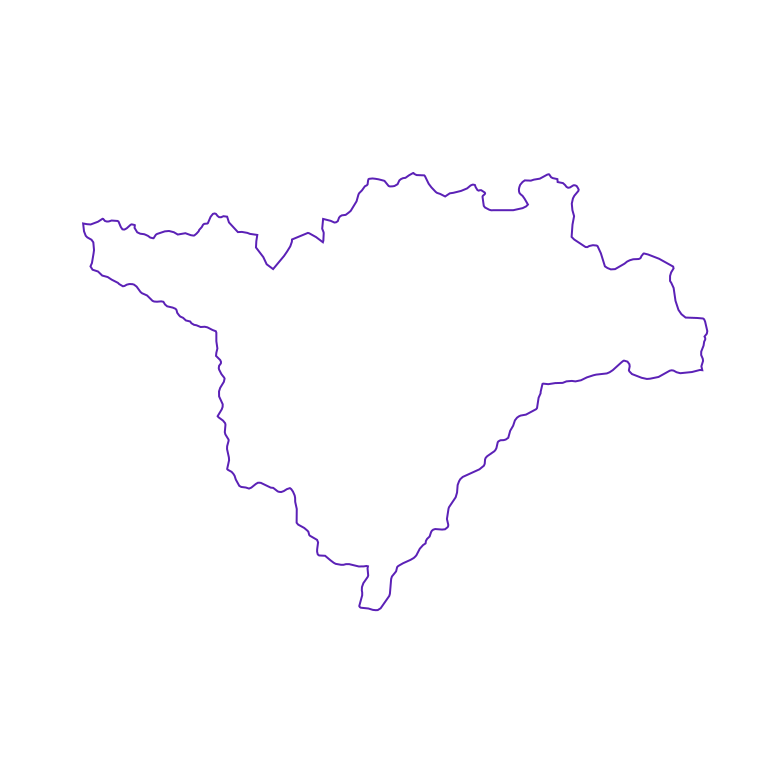 outline of Bao Lam, Cao Bằng, Vietnam, rotated 276°
{"feature_id": "81297802B56496932739620", "entity_name": "Bao Lam", "entity_type": "district", "adm_level": 2, "iso_a3": "VNM", "parent_name": "Vietnam", "parent_adm1": "Cao Bằng", "projection": "albers", "projection_center": [105.502, 22.876], "detail": "fine", "context": "isolated", "style": "outline", "palette": "violet", "viewbox_px": 768, "rotation_deg": 276, "n_neighbors": 0, "source": "geoboundaries", "source_scale": "gbopen_adm2", "svg_char_len": 6143}
<svg xmlns="http://www.w3.org/2000/svg" viewBox="0 0 768 768"><g transform="rotate(276 384 384)"><path d="M431.0,699.1L434.8,697.8L440.3,698.9L442.4,698.4L446.0,696.4L449.4,696.1L455.6,697.8L459.7,698.0L461.7,698.8L463.2,698.7L464.7,697.8L467.8,699.8L470.4,700.0L479.7,696.8L481.8,695.6L482.5,694.4L482.4,688.7L481.6,677.0L484.5,672.5L488.5,669.1L497.2,665.2L509.8,662.0L514.5,659.2L516.4,657.7L521.4,657.2L525.0,657.9L529.2,659.9L531.0,659.3L537.3,644.5L540.4,633.1L541.0,628.9L540.8,628.4L538.0,626.6L536.3,626.1L535.4,625.2L534.9,624.1L534.1,618.8L532.8,615.6L531.2,613.0L528.8,610.6L522.4,601.8L521.7,597.6L522.7,594.1L524.1,591.4L536.7,586.0L543.4,582.0L543.9,581.0L543.9,577.3L542.7,573.7L541.4,571.9L541.3,570.1L547.6,558.0L549.9,555.2L562.2,554.8L570.8,555.5L576.6,553.2L583.0,551.9L588.3,552.5L591.1,553.6L596.3,557.1L597.7,557.3L599.4,556.2L601.1,554.8L601.6,553.0L601.4,551.6L598.9,548.4L598.4,546.6L599.1,544.9L600.8,543.3L602.5,541.0L603.0,535.6L605.9,535.0L606.4,530.3L607.1,528.6L609.7,526.4L609.8,525.9L609.3,524.5L604.5,517.5L602.9,511.7L601.6,508.8L601.2,502.7L599.3,500.6L596.3,498.6L593.8,498.0L591.7,497.8L589.5,498.2L588.1,498.8L586.9,500.1L585.6,502.1L583.0,504.4L577.5,508.4L575.5,506.8L573.4,503.5L570.4,494.5L568.0,472.3L568.3,470.5L570.1,466.0L571.6,464.6L580.5,462.4L581.4,462.6L583.4,464.4L584.3,464.6L585.0,464.1L586.9,460.4L586.8,459.2L586.2,458.0L586.6,456.7L589.3,454.6L591.4,453.6L591.6,452.2L591.5,451.2L590.5,449.4L587.2,446.2L584.1,440.5L581.4,433.0L580.5,429.5L576.9,425.2L578.9,420.0L579.6,416.8L580.4,415.4L584.5,410.6L587.8,407.5L595.0,403.0L595.7,402.2L595.2,394.6L596.1,392.1L596.9,391.3L596.8,390.8L594.2,387.1L591.3,383.8L590.7,381.4L589.6,379.5L588.1,378.0L584.1,376.6L582.0,373.7L581.5,371.9L581.1,369.3L581.4,367.9L586.0,363.3L586.2,362.6L587.0,357.1L587.2,353.7L587.2,351.1L586.5,347.8L586.1,347.2L584.7,346.9L580.7,346.8L579.8,346.1L578.6,344.3L574.2,341.8L571.1,339.3L569.8,338.8L562.8,337.6L552.7,332.8L550.8,331.0L548.2,328.2L547.3,324.4L546.1,322.8L544.7,321.9L541.1,321.0L539.8,319.4L539.4,317.8L540.7,313.9L541.8,306.2L532.0,306.3L528.5,308.1L527.3,308.3L520.2,308.7L518.6,308.4L523.0,301.1L526.1,293.8L526.3,292.5L518.1,277.4L515.8,277.5L511.1,276.4L505.5,273.7L500.9,271.2L486.7,261.7L490.8,254.8L497.6,250.7L506.4,242.4L512.7,242.1L519.0,242.4L519.3,234.9L520.0,232.4L520.4,226.8L519.8,222.8L528.5,212.9L534.0,210.5L534.1,206.8L532.8,204.5L532.7,202.5L533.8,200.8L535.6,199.1L535.9,197.8L535.3,196.1L532.2,194.1L525.5,192.0L525.1,191.5L524.5,188.5L523.5,187.4L521.1,186.4L517.9,184.1L516.5,183.7L513.9,181.8L511.9,179.8L511.7,179.0L511.8,176.4L513.2,170.7L511.1,163.3L513.0,159.1L513.7,154.2L512.9,150.1L509.5,142.6L508.6,141.5L504.9,139.6L504.8,139.2L505.2,136.2L506.6,133.9L507.5,131.3L507.9,129.8L508.0,125.8L509.1,122.7L513.2,119.6L515.9,119.6L516.1,119.0L516.4,116.4L515.9,115.4L512.0,111.9L510.9,110.4L510.4,109.4L510.5,107.7L512.7,105.8L517.8,103.0L518.3,102.0L518.1,96.0L516.9,93.3L516.6,91.4L517.0,89.4L518.8,87.5L518.9,86.8L515.5,82.6L512.0,75.6L511.9,71.9L512.2,68.0L504.5,69.7L500.2,71.9L498.8,73.6L496.9,78.0L494.5,80.1L486.9,81.6L483.4,81.5L473.8,80.9L470.3,79.8L467.2,82.2L466.0,87.8L462.4,92.4L461.5,98.0L459.3,102.3L456.8,108.8L455.7,110.2L453.9,114.1L454.4,115.7L455.9,117.8L456.8,120.3L457.0,123.3L456.7,125.0L455.0,127.8L450.1,132.2L449.0,133.8L447.3,139.1L442.5,145.1L442.0,146.8L442.1,149.6L442.9,153.8L442.7,156.0L440.2,157.9L438.6,160.2L437.9,165.9L437.0,168.8L435.9,169.9L433.2,170.9L430.9,173.0L429.8,174.3L428.8,177.3L426.5,180.3L425.9,184.7L424.3,186.1L423.0,188.9L422.8,191.4L421.5,195.7L422.2,199.7L421.9,202.4L419.8,207.8L418.9,211.2L417.5,211.9L409.0,212.8L401.9,214.6L397.6,214.0L394.4,214.0L390.7,218.6L388.9,219.6L387.4,219.6L384.9,218.1L382.5,218.0L381.1,218.5L376.8,221.3L373.6,224.4L372.7,224.9L369.4,224.5L363.1,221.5L359.4,220.7L354.4,221.3L347.0,225.7L344.4,225.9L341.9,225.3L334.6,221.9L333.6,222.9L330.8,227.7L328.4,230.1L326.9,230.6L319.5,230.7L317.3,231.5L312.5,235.2L311.3,235.4L305.7,234.5L302.9,234.7L294.8,237.4L292.0,237.9L283.1,236.9L282.4,237.6L280.7,241.6L278.9,243.6L277.1,245.0L273.5,246.6L267.6,250.7L266.7,252.8L266.6,257.4L265.9,260.7L267.1,262.9L271.2,267.0L272.6,268.9L272.8,270.2L272.8,271.9L269.1,282.2L269.1,284.7L266.1,289.5L265.8,290.7L265.8,293.0L267.0,295.5L269.3,298.4L270.6,301.3L269.8,302.7L267.5,304.7L263.8,306.8L261.5,307.5L257.5,308.0L250.6,310.3L236.9,311.6L235.2,313.3L232.5,319.7L230.1,323.2L229.2,324.2L226.1,325.4L225.4,326.1L222.0,333.7L219.6,335.0L212.6,334.8L210.2,335.0L207.7,335.9L207.2,336.5L206.7,337.4L207.0,343.4L203.2,349.0L201.0,352.6L200.1,354.7L199.7,360.2L200.0,362.7L200.9,365.1L201.2,368.3L199.9,378.0L200.5,382.9L201.2,385.6L201.0,387.1L198.9,386.9L192.0,388.3L190.5,388.0L183.8,384.3L179.7,383.3L176.5,383.5L174.4,384.1L171.6,384.4L160.6,382.6L159.6,383.3L159.1,384.3L159.1,392.0L158.2,396.5L158.2,399.5L158.5,401.4L160.6,404.1L173.8,411.4L176.0,411.8L190.9,411.5L193.4,412.0L198.9,415.6L203.2,416.2L204.2,416.9L205.3,418.3L207.8,421.8L211.9,428.8L214.1,431.8L215.6,433.1L217.0,434.1L223.9,436.8L227.9,439.7L229.8,442.0L232.3,442.1L234.4,443.0L237.1,445.3L241.6,446.3L243.0,446.9L244.3,448.2L245.1,450.1L245.3,457.0L245.9,459.9L248.3,462.3L249.6,462.7L250.8,462.6L256.3,460.7L266.7,461.2L268.2,461.5L278.8,467.1L283.7,468.0L291.2,467.8L295.1,468.8L297.3,469.8L299.8,472.0L309.1,487.8L313.2,491.9L315.2,492.5L319.6,492.4L321.3,492.9L323.1,494.3L328.6,500.7L330.0,501.7L332.0,502.5L337.9,503.2L338.8,503.7L340.2,505.6L340.7,508.9L341.5,510.9L343.5,513.2L350.7,514.4L356.0,516.8L361.5,518.0L364.4,519.8L365.9,521.5L366.9,523.2L368.4,528.4L374.9,538.0L376.1,538.7L386.5,539.2L391.1,540.7L392.6,540.6L400.6,541.6L401.0,542.2L401.0,547.4L402.8,554.2L403.8,561.6L405.7,565.2L406.7,570.5L406.6,574.1L408.3,579.5L411.8,585.1L414.6,591.4L415.5,594.0L417.8,604.5L419.3,607.2L421.7,610.1L430.6,618.1L432.2,619.8L432.3,620.5L431.7,623.8L429.3,626.0L427.2,626.5L423.3,626.1L422.2,626.7L419.8,629.6L417.1,639.6L416.5,644.9L417.1,648.1L419.7,656.3L427.1,666.8L427.7,668.7L427.6,670.6L426.3,673.7L425.7,677.5L428.1,689.0L431.0,696.8L431.0,699.1Z" fill="none" stroke="#5b21b6" stroke-width="2"/></g></svg>